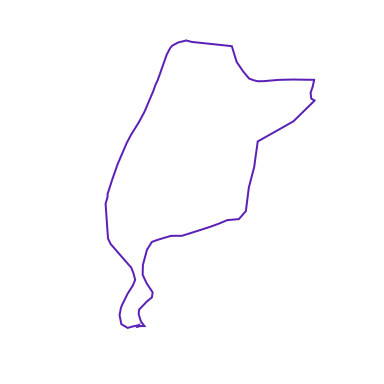 the district of Yassin, Eastern Darfur, Sudan, rotated 22°
{"feature_id": "16777658B43092158713843", "entity_name": "Yassin", "entity_type": "district", "adm_level": 2, "iso_a3": "SDN", "parent_name": "Sudan", "parent_adm1": "Eastern Darfur", "projection": "robinson", "projection_center": [25.585, 11.706], "detail": "fine", "context": "isolated", "style": "outline", "palette": "violet", "viewbox_px": 384, "rotation_deg": 22, "n_neighbors": 0, "source": "geoboundaries", "source_scale": "gbopen_adm2", "svg_char_len": 1494}
<svg xmlns="http://www.w3.org/2000/svg" viewBox="0 0 384 384"><g transform="rotate(22 192 192)"><path d="M190.4,312.4L190.8,311.2L194.3,304.7L193.1,299.8L184.1,293.6L177.3,287.3L173.8,278.1L171.9,262.5L173.5,253.3L178.3,249.0L188.8,240.6L199.2,236.3L206.6,230.2L212.4,225.4L222.1,217.3L229.4,210.7L230.7,209.4L235.3,204.8L245.6,199.6L249.1,189.5L243.0,166.5L240.3,145.5L237.6,134.9L236.6,130.8L234.0,120.5L242.9,109.4L259.6,88.4L271.4,61.3L271.4,61.2L267.7,60.8L267.6,60.7L264.8,55.6L264.8,54.8L264.6,52.4L264.5,50.0L264.5,49.6L264.3,48.3L263.4,42.9L263.3,42.4L263.2,42.2L256.2,45.0L243.7,49.8L230.3,55.6L216.5,62.6L211.4,64.7L207.2,65.3L202.3,65.4L194.2,61.0L184.7,54.7L174.3,41.9L167.1,43.9L135.7,52.9L129.8,53.7L129.8,53.8L129.5,54.0L123.3,58.4L119.3,63.2L118.9,63.6L117.9,66.5L117.6,69.2L117.1,73.7L117.8,90.2L117.9,91.0L118.0,93.4L118.2,99.4L118.3,100.8L118.0,106.1L118.3,113.8L118.3,114.2L118.2,116.8L118.1,123.2L117.9,135.2L116.9,144.5L116.5,147.8L116.0,150.7L114.0,161.9L113.8,164.0L113.7,165.3L113.1,171.0L112.7,189.9L112.6,193.7L113.4,210.6L114.5,225.6L114.9,226.5L115.5,227.9L115.8,230.4L116.3,235.3L117.8,238.4L131.5,266.5L136.0,270.7L164.0,284.9L168.1,289.2L172.2,294.7L172.2,300.7L170.4,310.4L169.5,322.7L169.5,326.1L171.0,333.4L176.0,341.0L177.3,341.2L183.3,342.1L186.3,339.7L187.0,339.2L187.7,338.7L191.9,335.8L192.1,335.7L192.3,335.5L192.0,337.3L194.8,335.4L198.1,334.1L193.1,331.1L188.4,325.4L187.0,320.9L190.4,312.4Z" fill="none" stroke="#5b21b6" stroke-width="2"/></g></svg>